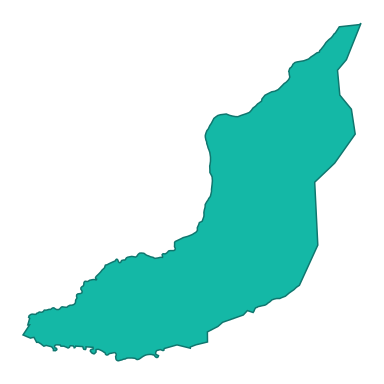 Santa Catarina Quioquitani, Oaxaca, Mexico, rotated 270°
{"feature_id": "50627088B43254077601516", "entity_name": "Santa Catarina Quioquitani", "entity_type": "district", "adm_level": 2, "iso_a3": "MEX", "parent_name": "Mexico", "parent_adm1": "Oaxaca", "projection": "robinson", "projection_center": [-96.284, 16.318], "detail": "fine", "context": "isolated", "style": "filled", "palette": "teal", "viewbox_px": 384, "rotation_deg": 270, "n_neighbors": 0, "source": "geoboundaries", "source_scale": "gbopen_adm2", "svg_char_len": 5553}
<svg xmlns="http://www.w3.org/2000/svg" viewBox="0 0 384 384"><g transform="rotate(270 192 192)"><path d="M47.2,27.3L45.9,30.5L46.4,32.5L46.6,34.0L41.7,36.6L41.7,38.4L40.3,40.7L39.4,41.8L37.8,43.9L38.6,46.2L37.2,51.6L35.1,53.3L33.4,53.4L33.3,54.7L33.3,55.5L33.7,56.0L33.9,56.4L34.3,56.8L34.7,56.9L35.6,56.5L35.9,56.1L35.9,55.6L36.2,55.1L37.8,54.5L38.1,54.6L38.6,55.0L39.0,55.7L39.2,56.7L39.2,57.0L39.0,60.2L37.9,60.8L37.8,61.6L37.8,62.9L37.8,64.0L37.4,64.9L36.6,66.9L36.3,67.3L36.1,67.8L36.1,68.4L36.4,68.9L36.7,69.4L37.2,69.7L37.9,70.0L38.3,70.4L38.1,73.0L37.9,73.2L37.7,73.5L37.3,73.9L36.2,74.2L36.3,74.8L36.8,75.1L37.4,75.6L37.9,75.7L37.4,82.6L36.9,82.9L35.6,83.3L34.7,83.8L34.5,84.9L34.5,85.5L34.8,85.7L35.4,85.9L36.0,86.0L36.6,86.1L37.2,86.1L36.7,93.0L35.9,93.1L35.3,93.2L34.8,92.9L34.8,92.2L34.7,91.5L34.5,91.1L34.0,90.6L33.1,90.3L32.7,90.4L32.2,90.8L31.5,91.5L30.8,92.1L30.6,92.6L30.1,94.0L30.5,94.7L30.9,95.1L31.6,95.5L31.7,95.9L33.1,96.1L33.7,95.9L34.1,95.9L34.5,96.3L34.6,97.2L34.7,98.3L34.4,99.3L34.0,100.1L33.5,101.3L33.2,101.8L32.8,102.6L32.2,103.4L31.9,103.8L31.5,104.7L31.1,105.0L30.5,105.3L30.0,105.4L29.5,105.8L29.2,106.2L29.0,106.6L29.0,107.2L29.1,107.6L29.3,108.1L29.6,108.5L29.9,108.8L30.4,109.4L30.6,110.3L30.7,111.1L31.1,112.8L31.3,113.9L31.4,114.6L31.2,115.2L30.8,115.6L30.0,116.1L29.3,116.2L28.6,116.2L28.2,115.9L27.4,115.6L26.9,115.7L26.2,115.8L25.2,115.9L24.4,116.2L23.8,116.8L23.4,117.4L23.2,118.3L23.4,119.2L23.8,120.5L24.1,121.9L24.8,123.4L25.0,125.2L25.8,126.6L26.0,128.1L26.0,132.0L25.8,134.0L25.6,135.2L25.0,136.0L24.5,136.9L24.5,137.7L24.8,138.9L25.6,140.2L26.6,141.6L27.4,142.7L28.6,144.9L29.0,145.9L29.4,147.7L29.6,150.0L29.5,151.6L29.4,152.2L29.1,153.0L29.2,153.7L28.5,154.3L27.3,155.3L26.8,155.9L26.5,156.6L26.5,157.2L26.9,157.9L27.5,158.3L28.4,158.5L28.8,157.6L29.4,156.4L30.0,155.7L31.4,155.7L32.8,156.2L33.4,156.7L34.4,160.2L33.8,162.0L33.4,163.0L33.8,163.9L34.7,164.0L35.5,164.3L39.1,177.0L35.8,190.3L37.0,190.3L39.2,196.0L42.0,207.5L52.1,207.4L57.6,218.0L61.7,222.6L69.0,243.3L73.4,247.4L71.5,253.1L72.7,253.9L73.4,254.2L74.5,254.6L76.2,255.6L76.6,257.0L77.3,258.0L77.9,260.6L78.3,262.2L78.8,264.8L79.7,266.6L80.6,267.5L82.4,270.1L84.1,271.9L85.0,274.4L85.5,276.8L85.5,279.8L86.3,281.5L87.8,285.4L91.1,289.3L94.3,293.9L96.7,296.4L98.7,299.4L138.9,317.8L201.8,314.7L220.9,334.7L249.9,355.2L274.8,351.4L288.9,339.8L313.8,337.5L324.3,346.4L360.8,361.0L359.4,359.5L357.2,339.3L351.0,335.3L350.1,334.1L348.0,332.7L346.3,331.3L344.3,328.8L341.5,326.0L338.6,324.1L334.5,320.9L333.4,319.7L331.9,319.4L331.1,316.8L328.9,313.8L327.9,312.3L327.2,311.1L325.0,308.6L323.7,305.1L323.2,303.7L322.7,300.7L322.1,297.1L321.5,295.0L319.7,292.9L318.4,292.4L316.6,291.1L315.7,289.8L312.5,288.7L311.3,289.2L310.0,289.2L306.9,289.8L305.2,289.1L303.9,288.2L301.8,286.2L300.4,284.1L298.2,282.0L294.4,278.2L292.8,274.9L292.2,271.7L290.9,269.1L288.8,265.0L285.1,262.0L282.8,261.5L280.1,257.6L277.8,255.5L275.9,252.9L273.7,251.4L271.6,249.4L270.3,246.2L268.5,240.8L267.3,237.9L267.4,235.4L267.9,232.6L268.7,229.5L270.0,226.3L269.7,223.8L269.3,220.5L268.5,217.8L267.1,215.8L265.6,213.9L260.6,211.3L258.4,209.8L255.1,208.3L253.4,206.9L251.1,206.0L248.7,205.3L247.0,205.3L244.0,205.9L242.3,206.6L240.3,206.8L238.4,207.5L236.1,208.1L234.2,208.9L231.6,209.8L228.3,210.3L226.9,210.5L222.9,210.5L219.3,210.0L218.0,209.7L213.9,209.9L211.5,209.9L208.9,211.3L207.2,212.1L203.2,212.4L199.7,212.1L194.7,211.5L192.4,211.5L189.4,210.8L187.5,210.3L185.6,208.8L183.8,207.9L182.5,206.9L179.5,205.2L176.9,205.1L174.0,204.3L171.6,203.9L169.3,204.0L167.6,203.9L164.2,202.7L162.8,202.2L161.7,200.1L161.5,199.4L159.2,198.6L156.3,197.3L153.6,197.4L151.8,196.0L149.2,191.7L147.6,187.6L146.4,183.2L145.4,181.3L143.3,176.9L142.5,175.2L141.6,174.6L140.0,174.6L137.2,174.5L135.8,175.3L134.2,175.0L133.6,174.2L133.4,173.3L133.4,170.1L133.0,168.5L132.4,168.1L130.8,166.5L130.1,165.0L130.3,163.1L129.3,162.1L127.3,162.6L126.6,162.5L126.7,161.2L126.6,160.0L126.1,158.2L125.6,154.8L126.6,153.2L127.2,150.6L128.0,148.8L128.8,146.5L130.0,144.9L130.7,143.9L131.0,141.2L130.8,139.5L129.6,138.1L127.6,136.7L126.9,135.5L127.3,133.7L127.6,131.7L127.2,129.6L126.8,127.7L126.2,126.5L125.4,125.9L124.4,125.4L123.9,124.6L124.0,123.8L124.0,123.2L123.7,122.5L123.6,121.9L123.4,121.5L122.7,121.3L121.8,120.7L121.3,120.0L121.3,119.5L121.5,119.0L122.2,118.6L123.0,118.2L124.3,117.6L124.7,117.1L124.8,116.6L124.5,116.1L123.9,115.7L123.1,115.2L122.6,114.1L122.2,113.1L121.7,112.0L121.3,111.1L120.2,108.8L119.3,107.2L118.9,105.4L117.9,105.0L116.4,104.6L115.4,103.7L114.1,102.2L112.0,100.6L110.1,98.8L107.6,96.2L106.4,95.5L105.3,95.8L104.8,96.6L104.2,96.4L104.1,95.9L104.4,95.0L104.5,94.1L104.4,92.7L104.0,90.8L103.7,89.5L102.7,88.2L102.5,87.1L102.7,85.8L102.7,85.0L102.2,84.4L101.2,83.9L99.4,83.8L98.2,83.4L97.7,82.5L97.0,81.6L96.1,80.9L94.7,80.9L93.6,81.7L92.2,82.2L91.1,81.8L90.5,80.7L90.3,79.2L90.1,77.8L89.2,76.7L87.8,76.5L86.5,76.9L85.4,76.7L84.6,76.0L83.7,75.6L81.9,75.5L81.1,75.3L80.0,74.5L79.4,73.6L78.9,72.2L78.8,71.2L78.8,70.1L78.3,69.0L77.6,67.8L77.0,67.3L76.7,66.3L76.9,64.4L77.2,62.2L76.9,61.4L76.0,60.5L74.9,59.6L74.4,58.2L74.5,56.5L75.3,55.0L76.0,54.2L76.2,53.5L76.0,52.5L75.4,51.6L74.6,50.6L74.5,50.1L74.7,49.1L74.3,48.0L74.0,46.9L73.9,46.5L73.8,45.7L73.9,45.0L73.9,44.5L73.8,44.2L73.2,43.8L72.3,43.0L71.8,41.9L71.7,41.1L72.0,39.7L71.8,38.9L71.2,38.3L70.8,36.9L70.1,36.3L69.7,35.8L69.7,35.1L69.7,34.0L69.9,32.8L69.7,31.2L69.3,30.5L68.4,29.2L66.7,28.6L65.7,29.7L59.1,27.8L59.1,29.6L55.0,26.9L49.1,23.0L47.2,27.3Z" fill="#14b8a6" stroke="#0f766e" stroke-width="1.5"/></g></svg>